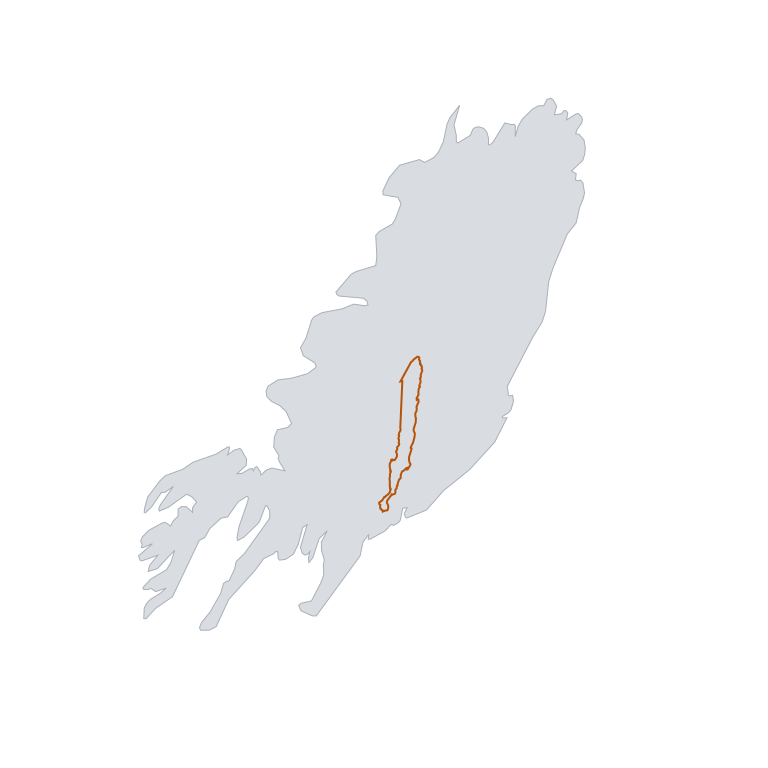 Skeiða- og Gnúpverjahreppur, Suðurland, Iceland shown in context, rotated 308°
{"feature_id": "244011B10209439874100", "entity_name": "Skeiða- og Gnúpverjahreppur", "entity_type": "district", "adm_level": 2, "iso_a3": "ISL", "parent_name": "Iceland", "parent_adm1": "Suðurland", "projection": "natural_earth1", "projection_center": [-19.543, 64.398], "detail": "medium", "context": "in_parent", "style": "outline", "palette": "amber", "viewbox_px": 768, "rotation_deg": 308, "n_neighbors": 0, "source": "geoboundaries", "source_scale": "gbopen_adm2", "svg_char_len": 5601}
<svg xmlns="http://www.w3.org/2000/svg" viewBox="0 0 768 768"><g transform="rotate(308 384 384)"><path d="M593.3,284.0L600.2,284.2L611.5,281.6L627.6,273.7L634.5,272.0L650.2,272.0L631.3,279.6L624.4,287.9L619.3,292.0L619.4,293.8L633.0,298.9L639.4,297.2L642.3,297.9L644.9,300.2L646.8,305.0L645.8,309.9L642.1,314.9L636.9,319.0L637.7,320.3L642.0,321.0L664.1,318.5L666.8,324.6L668.8,326.6L668.3,328.6L659.7,335.1L669.9,331.0L678.1,329.9L692.3,331.9L698.1,334.3L701.7,338.5L708.6,337.2L711.9,339.5L712.1,342.1L709.2,349.0L701.0,352.5L706.2,357.5L710.4,357.6L711.2,358.8L710.9,361.8L704.5,365.3L715.3,369.2L716.7,370.6L716.2,375.1L714.5,377.6L711.3,379.1L703.7,379.4L699.1,381.0L700.8,383.8L699.5,391.3L693.7,397.5L688.1,400.9L682.6,403.0L667.3,400.6L668.0,406.0L662.6,409.3L663.8,412.0L665.7,413.4L664.9,417.0L658.1,424.3L653.2,426.7L643.4,429.5L629.3,436.2L614.9,436.1L579.7,445.7L565.8,450.9L541.0,466.4L530.5,470.4L512.4,472.4L458.1,482.6L452.0,488.7L451.7,490.0L454.2,492.4L450.1,496.7L441.9,499.9L438.0,499.8L431.2,497.2L430.4,498.5L433.1,501.7L406.5,507.0L369.5,504.2L336.8,496.6L310.9,495.1L292.6,484.6L292.2,483.0L294.2,479.8L300.8,478.4L297.6,475.2L286.5,480.8L283.0,480.6L278.3,478.4L278.1,476.2L268.9,475.3L253.1,468.6L251.9,467.1L255.8,464.9L255.0,464.5L246.4,464.8L233.8,471.0L159.5,473.4L157.1,470.2L154.2,458.2L156.9,453.1L160.0,453.6L168.5,460.4L188.5,456.6L196.6,454.0L204.2,447.5L208.5,445.4L214.6,437.1L220.8,432.0L233.4,429.6L222.2,428.1L203.4,434.8L197.1,434.8L200.1,431.8L206.5,428.6L202.1,428.4L200.5,426.9L200.3,423.8L203.7,418.8L225.9,410.0L220.7,408.3L205.3,415.0L194.2,417.4L185.1,414.3L180.9,410.1L181.2,408.3L186.6,403.1L185.7,402.0L182.1,401.5L172.4,396.7L156.9,397.1L118.6,394.3L89.5,401.1L82.6,398.0L77.1,391.2L78.4,388.6L83.5,387.1L97.6,387.3L118.5,384.2L128.0,380.3L131.7,381.3L133.4,383.1L146.3,380.2L153.2,376.8L164.6,378.4L207.9,376.6L213.6,372.1L215.9,366.7L214.9,365.6L199.0,370.6L195.3,370.5L177.0,367.9L170.4,364.9L172.7,362.6L182.5,357.5L207.4,349.0L210.9,347.2L211.3,345.2L201.5,341.6L182.9,342.6L178.2,338.3L162.8,335.7L152.5,337.3L147.1,334.7L86.1,348.3L66.5,342.1L52.5,341.0L51.3,339.1L59.7,333.1L65.3,332.0L70.9,332.6L81.6,336.7L89.0,338.0L79.8,331.9L79.5,326.1L76.7,324.6L74.0,320.7L75.2,319.4L86.3,320.2L103.9,327.0L112.7,325.8L124.1,321.4L98.7,319.0L91.1,313.6L96.8,310.9L109.9,311.2L95.5,302.1L94.9,300.5L97.4,296.4L115.6,299.9L106.2,294.5L105.9,293.3L108.7,292.3L110.3,289.0L114.9,287.7L124.1,288.8L138.3,295.1L140.3,296.8L140.7,303.2L146.4,302.2L153.1,303.1L158.7,298.8L162.6,299.8L165.5,303.7L165.0,312.2L168.9,309.2L175.6,309.0L176.8,302.0L175.6,296.3L153.9,289.9L145.5,285.2L146.5,283.6L150.7,282.2L173.6,281.0L163.9,278.2L161.5,275.4L144.2,276.5L135.5,275.3L135.3,273.9L138.8,271.8L149.4,267.4L169.3,267.0L177.3,268.2L192.6,277.8L204.8,281.7L225.3,294.8L238.5,299.8L239.1,301.1L236.9,302.6L231.8,304.4L239.5,306.6L244.3,310.0L244.6,311.5L240.1,322.1L235.1,325.5L222.9,323.5L225.8,326.9L234.5,330.4L236.4,332.4L235.1,334.4L239.3,333.8L240.6,334.9L238.6,340.9L236.4,343.1L243.7,344.3L248.7,347.3L254.6,359.4L258.0,350.1L259.8,346.7L262.8,345.4L266.4,335.9L274.7,330.3L282.4,328.2L290.3,334.8L295.9,335.5L302.0,323.9L302.8,315.3L301.0,305.9L302.1,299.2L306.0,295.2L311.2,294.0L322.1,298.0L331.3,307.3L345.0,317.4L354.6,320.0L356.3,319.7L358.0,316.4L356.6,303.0L361.1,295.9L372.4,294.2L389.6,287.7L393.6,287.4L402.0,291.2L417.3,304.6L428.2,310.9L433.9,320.8L436.5,322.7L438.8,319.6L439.0,315.1L425.7,294.5L425.5,291.8L426.8,289.5L450.4,290.6L455.7,292.9L472.2,304.6L480.2,299.8L496.0,286.0L501.4,286.4L515.1,292.0L520.5,291.5L536.4,286.5L539.7,280.1L532.6,266.9L535.4,264.2L550.1,261.0L566.0,261.6L582.7,273.8L583.5,279.5L593.3,284.0Z" fill="#d9dde1" stroke="#a8b0b8" stroke-width="1"/><path d="M396.1,395.4L397.5,396.7L359.5,423.8L357.9,425.5L354.5,426.1L352.7,427.1L352.7,427.7L349.8,429.0L349.2,430.3L346.6,431.9L346.1,433.0L345.1,433.4L342.5,433.3L341.6,433.6L341.2,434.3L340.4,434.7L338.1,435.1L336.9,437.1L335.6,438.3L334.3,438.9L330.6,439.3L330.0,438.2L329.3,437.9L329.6,437.6L329.6,436.8L328.8,436.4L325.9,437.5L325.0,437.5L322.4,439.3L320.6,441.5L319.6,442.1L319.9,442.4L319.2,443.4L316.8,444.0L315.2,445.4L312.5,446.8L310.3,449.1L308.2,450.4L307.5,451.4L306.6,451.7L306.1,452.7L305.2,453.3L305.4,453.9L304.0,454.6L303.1,454.7L302.1,455.4L298.2,454.9L297.3,454.4L295.8,454.5L295.2,453.8L291.1,454.2L287.6,453.2L286.5,454.1L286.6,455.5L284.7,456.5L284.1,457.6L283.6,457.8L283.7,458.9L283.3,459.7L283.7,460.5L282.7,461.6L285.3,463.1L286.5,464.4L287.5,464.3L290.1,462.9L291.0,461.8L292.2,459.4L294.1,458.3L301.4,458.1L301.2,458.5L302.4,458.9L304.1,460.2L305.9,459.6L307.3,458.2L309.8,458.1L311.3,457.0L312.6,457.1L313.3,456.4L317.9,454.7L320.0,455.1L322.8,453.1L325.7,452.2L326.6,452.3L328.5,453.1L331.3,453.3L331.9,453.7L331.3,454.1L331.4,454.8L331.1,455.0L331.5,455.2L335.8,454.7L337.2,454.2L337.7,452.7L339.7,450.2L340.5,449.9L341.4,448.9L350.0,445.6L350.2,445.3L350.0,444.4L350.4,444.1L355.6,443.0L361.2,440.6L364.1,438.7L365.3,436.3L366.7,435.1L373.1,432.7L376.5,430.4L377.7,428.8L380.0,426.8L382.8,426.2L384.8,425.0L385.9,423.7L391.6,422.1L392.2,421.1L393.0,420.5L392.7,419.8L391.8,419.5L393.0,418.3L395.0,418.2L397.1,417.6L398.7,416.1L401.7,414.3L404.0,414.0L404.2,412.9L407.5,411.9L409.9,410.0L410.5,408.9L412.3,408.7L413.8,407.3L417.8,406.0L419.0,405.1L419.1,404.2L420.6,403.6L421.4,402.5L421.2,402.3L421.3,401.6L422.2,400.7L421.8,400.4L422.0,399.8L423.9,398.7L423.9,398.2L424.5,397.9L424.7,396.6L426.5,395.6L426.6,394.8L426.1,393.5L421.2,392.2L419.9,392.4L418.1,391.8L396.1,395.4Z" fill="none" stroke="#b45309" stroke-width="2"/></g></svg>